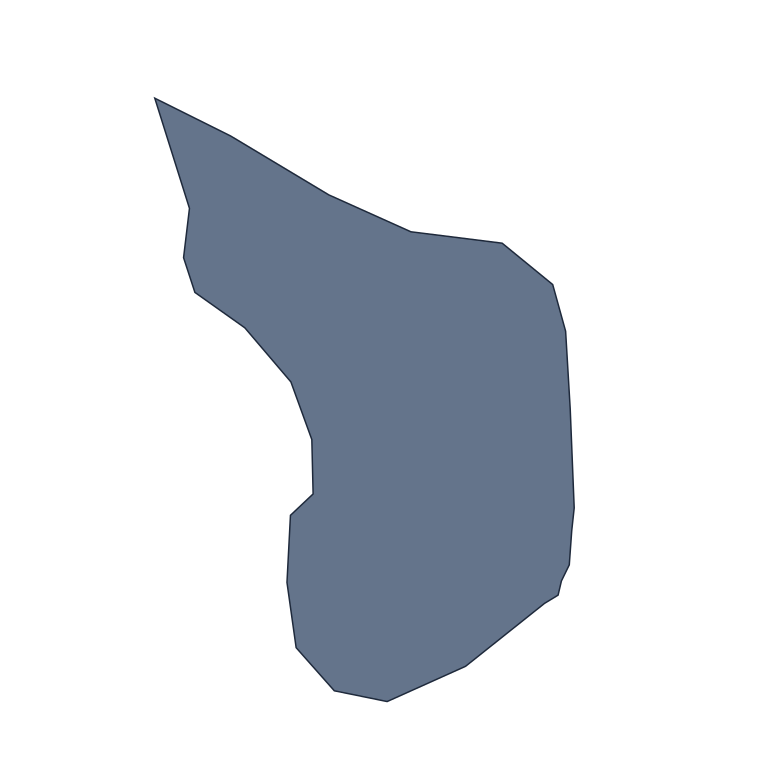 the border of Itasy, rotated 82°
{"feature_id": "MDG-5875", "entity_name": "Itasy", "entity_type": "Autonomous Province", "adm_level": 1, "iso_a3": "MDG", "parent_name": "Madagascar", "parent_adm1": "", "projection": "mercator", "projection_center": [46.916, -19.074], "detail": "fine", "context": "isolated", "style": "filled", "palette": "slate", "viewbox_px": 768, "rotation_deg": 82, "n_neighbors": 0, "source": "natural_earth", "source_scale": "10m", "svg_char_len": 505}
<svg xmlns="http://www.w3.org/2000/svg" viewBox="0 0 768 768"><g transform="rotate(82 384 384)"><path d="M533.2,212.9L555.4,218.5L588.9,225.7L603.7,235.7L617.3,241.0L623.6,255.6L674.9,342.5L698.9,425.1L680.9,475.9L632.9,507.7L567.0,507.7L501.0,494.9L483.0,469.5L429.0,463.2L369.0,475.9L309.0,514.0L267.0,558.5L231.0,564.9L183.0,552.2L69.1,571.2L117.1,501.3L189.0,412.4L237.0,336.2L261.0,247.4L309.0,203.1L357.0,196.8L435.0,203.1L533.2,212.9Z" fill="#64748b" stroke="#1e293b" stroke-width="1.5"/></g></svg>